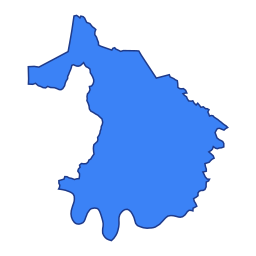 outline of Chapecó, Santa Catarina, Brazil
{"feature_id": "56859067B15703493579664", "entity_name": "Chapecó", "entity_type": "district", "adm_level": 2, "iso_a3": "BRA", "parent_name": "Brazil", "parent_adm1": "Santa Catarina", "projection": "robinson", "projection_center": [-52.66, -27.112], "detail": "fine", "context": "isolated", "style": "filled", "palette": "blue", "viewbox_px": 256, "rotation_deg": 0, "n_neighbors": 0, "source": "geoboundaries", "source_scale": "gbopen_adm2", "svg_char_len": 3971}
<svg xmlns="http://www.w3.org/2000/svg" viewBox="0 0 256 256"><path d="M213.0,115.8L211.2,115.5L209.5,116.0L208.6,113.6L207.8,112.0L209.0,109.7L207.2,108.7L205.6,108.7L203.3,106.8L200.9,107.3L199.4,105.2L197.7,103.2L196.1,105.0L194.2,103.2L192.8,100.8L191.2,101.2L188.7,100.9L187.2,98.7L186.6,96.9L184.6,95.5L183.0,93.7L184.9,93.1L186.8,93.0L185.6,90.3L183.4,88.6L181.7,88.8L179.7,88.6L177.9,87.4L177.7,83.4L177.3,80.7L175.3,79.8L173.9,78.7L172.0,77.8L170.1,76.9L169.3,74.7L156.3,78.1L145.3,61.4L141.2,55.1L138.8,51.0L136.3,50.8L123.3,50.6L120.7,51.4L118.1,50.1L115.9,49.1L114.7,47.7L112.9,48.3L111.8,50.1L100.4,46.1L98.5,44.9L98.4,42.4L97.4,39.9L96.5,37.2L94.8,34.7L94.9,31.9L95.8,29.5L93.9,27.8L92.4,26.8L91.3,25.4L89.9,23.6L86.7,22.4L85.5,20.0L84.7,18.2L83.2,16.7L80.8,16.1L79.9,17.9L78.5,16.7L76.6,15.4L74.0,16.0L71.8,30.8L69.7,43.0L68.1,51.6L52.5,59.9L38.9,67.1L34.2,66.4L28.3,66.7L28.6,79.0L28.4,84.1L32.8,84.3L35.5,83.3L37.0,84.6L38.3,85.7L40.8,86.5L43.0,87.6L45.6,87.9L47.7,86.4L50.5,87.5L54.5,87.7L56.7,88.5L59.2,89.6L61.0,89.7L62.7,88.7L64.6,85.8L65.2,83.2L66.0,81.2L67.6,78.7L67.7,76.3L68.7,74.3L69.4,72.3L70.4,70.1L71.3,67.6L71.8,65.4L73.4,64.7L75.1,65.5L76.9,66.1L78.8,66.1L80.5,65.5L83.6,62.6L85.0,65.2L86.2,66.7L88.1,67.6L89.8,68.9L90.2,70.7L90.3,72.8L91.4,74.5L92.7,76.9L93.7,79.7L93.7,81.9L93.0,84.0L91.6,86.0L89.4,86.5L90.0,89.8L88.8,92.5L87.5,93.8L87.0,96.5L87.2,98.7L86.9,100.6L88.1,103.2L89.0,105.8L89.4,109.0L90.8,111.1L93.0,112.3L96.0,114.2L97.8,115.1L102.0,119.0L102.7,122.2L102.3,124.4L101.3,126.4L101.0,129.1L100.3,130.8L99.9,133.2L99.0,135.4L97.6,137.4L97.9,139.5L97.4,141.4L95.6,143.1L93.9,144.7L93.5,146.8L93.4,148.7L93.6,151.4L94.0,154.0L92.2,156.6L90.7,159.1L88.9,160.0L88.3,161.8L86.4,163.6L83.6,163.8L81.4,163.5L79.5,165.2L80.1,167.2L78.4,169.1L77.8,171.1L79.5,173.7L79.5,176.1L79.1,178.6L76.8,178.8L74.4,179.5L71.7,178.4L69.1,177.9L67.0,176.7L64.8,176.6L64.0,179.1L58.9,180.6L58.9,183.2L59.8,185.2L59.5,187.3L58.6,189.0L61.1,189.4L62.9,189.7L65.6,190.3L67.8,191.1L69.5,191.7L71.5,192.7L73.1,194.0L74.2,196.0L74.4,198.8L74.2,201.2L73.5,203.5L72.7,205.7L72.1,207.7L71.3,210.6L71.0,213.9L71.4,216.8L72.5,219.7L74.2,222.2L75.5,223.3L77.0,223.9L79.0,224.1L81.2,223.5L83.0,222.6L84.3,221.0L85.1,219.2L85.7,217.4L86.6,215.2L87.3,213.3L88.5,211.5L89.9,209.6L91.4,208.6L94.6,208.0L97.1,208.4L98.5,209.4L99.7,211.5L100.7,214.1L101.4,216.3L102.2,219.0L102.8,221.3L103.2,223.7L103.1,226.2L102.7,228.6L102.6,230.5L102.7,233.2L103.7,235.5L105.2,237.5L106.7,238.8L108.6,239.7L111.4,240.6L113.8,238.3L115.9,235.3L117.1,232.9L117.9,230.4L118.7,226.9L119.0,224.1L119.0,222.1L118.9,220.2L119.0,217.5L119.8,214.6L121.3,212.4L122.9,210.8L124.8,209.6L127.2,209.3L128.9,210.0L130.9,211.8L132.3,214.0L133.2,215.8L134.0,217.5L134.7,220.0L135.7,223.4L137.4,225.5L139.4,226.4L141.4,227.1L143.2,227.7L145.4,228.0L147.2,228.2L149.4,228.0L151.6,227.9L153.4,227.6L155.3,227.0L157.2,225.8L159.7,224.2L161.2,222.6L163.0,220.7L164.7,218.8L165.9,217.6L167.9,216.1L170.3,215.6L172.0,215.6L173.8,215.8L176.3,216.4L178.5,217.0L180.3,217.2L182.6,216.7L184.9,215.0L186.2,213.3L187.3,211.7L189.1,210.3L191.2,210.4L192.9,210.9L193.1,208.2L194.9,207.3L196.8,206.2L195.6,203.4L194.3,201.4L193.6,198.6L196.0,197.3L198.0,195.7L198.0,192.9L199.2,191.3L200.9,190.5L203.2,190.4L204.9,189.5L206.1,186.9L206.1,184.6L206.3,182.0L208.6,180.9L209.5,179.2L207.3,179.1L205.3,177.0L204.1,174.4L202.9,172.0L204.8,171.6L206.3,171.2L206.3,169.1L205.4,166.4L204.9,163.6L207.5,162.8L209.2,162.2L210.7,160.5L212.3,159.1L214.1,158.2L213.2,155.8L211.4,154.1L208.8,151.9L211.2,150.4L212.5,149.0L213.3,146.6L215.5,148.2L217.4,148.7L219.3,148.0L221.5,147.8L223.8,146.9L223.8,143.5L222.7,141.5L221.1,140.6L219.2,139.7L217.0,137.9L216.2,135.6L215.1,132.6L216.2,130.4L217.4,128.6L219.5,128.3L221.9,129.3L224.0,130.1L225.8,128.5L227.7,127.5L226.0,125.8L224.5,124.9L222.9,123.7L221.3,122.3L219.5,121.0L217.9,119.6L215.9,118.3L214.2,117.2L213.0,115.8Z" fill="#3b82f6" stroke="#1e3a8a" stroke-width="1.5"/></svg>